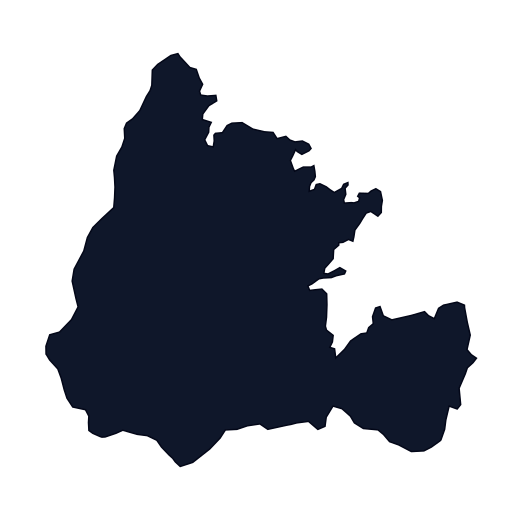 the district of Skarinou, Larnaca, Cyprus, rotated 87°
{"feature_id": "46923920B93275666945170", "entity_name": "Skarinou", "entity_type": "district", "adm_level": 2, "iso_a3": "CYP", "parent_name": "Cyprus", "parent_adm1": "Larnaca", "projection": "equal_earth", "projection_center": [33.355, 34.825], "detail": "fine", "context": "isolated", "style": "filled", "palette": "ink", "viewbox_px": 512, "rotation_deg": 87, "n_neighbors": 0, "source": "geoboundaries", "source_scale": "gbopen_adm2", "svg_char_len": 3054}
<svg xmlns="http://www.w3.org/2000/svg" viewBox="0 0 512 512"><g transform="rotate(87 256 256)"><path d="M49.8,323.4L51.3,330.5L59.5,344.1L64.9,349.8L80.1,351.1L85.3,353.1L91.0,357.1L104.7,364.4L112.5,372.0L116.5,378.3L121.9,380.9L131.6,380.9L140.1,384.2L148.9,389.9L162.9,393.5L170.4,393.2L179.8,393.2L190.5,394.2L200.2,395.5L210.2,407.5L219.0,417.4L228.7,423.4L242.0,427.7L259.6,438.3L271.4,440.9L289.0,438.0L297.5,436.3L309.9,443.6L321.7,456.2L323.9,466.1L335.1,470.5L343.0,470.8L343.9,470.2L349.0,467.5L358.4,459.8L367.8,456.9L379.6,454.5L388.1,452.2L397.2,446.9L400.3,435.4L400.6,434.3L407.2,431.3L413.6,432.0L421.5,432.0L424.5,428.3L428.2,421.0L428.8,419.4L428.8,416.1L425.7,405.1L423.0,398.2L427.9,383.9L429.7,374.0L434.8,364.7L441.8,360.4L450.3,353.1L453.6,349.8L457.3,347.4L462.2,342.7L458.8,330.0L446.3,312.3L436.0,301.4L428.1,295.7L428.1,284.1L425.1,273.5L423.9,260.9L429.7,253.3L426.6,234.4L426.0,229.8L424.8,224.1L423.9,212.2L432.4,203.3L429.7,196.0L420.6,194.3L409.9,187.0L413.0,178.1L420.9,170.1L427.8,166.5L433.9,157.8L436.0,143.3L440.9,138.0L448.4,132.3L452.1,123.4L459.4,111.1L459.4,98.5L456.0,90.9L450.3,82.0L449.4,81.0L439.0,76.7L429.6,75.0L416.0,71.0L419.3,63.1L415.1,59.4L398.7,60.1L384.5,53.1L378.7,50.8L373.9,44.9L369.6,41.2L365.8,46.2L360.5,50.2L346.2,46.2L333.2,48.5L318.6,50.4L316.0,50.4L312.6,57.6L314.9,71.3L317.8,76.4L327.9,81.2L324.6,86.9L320.4,90.6L323.5,104.0L326.9,123.7L322.4,132.0L313.0,134.8L314.2,139.3L322.7,142.8L329.7,142.4L333.4,147.2L338.7,149.4L339.2,155.2L343.3,162.0L345.8,166.0L353.8,172.4L362.0,181.7L352.8,182.4L351.1,187.1L345.8,184.2L339.3,183.1L333.7,189.5L329.7,190.4L320.9,188.8L308.4,187.7L297.5,187.4L292.5,191.9L292.8,198.4L293.2,204.2L288.6,205.8L286.8,201.6L282.1,194.4L281.5,190.1L281.5,181.9L279.9,176.9L278.5,168.6L275.7,167.2L272.0,172.9L274.7,178.2L277.7,185.0L276.9,189.2L271.8,188.0L267.6,183.8L262.7,179.1L253.6,178.1L249.5,172.8L247.1,172.7L246.9,168.5L244.3,162.8L246.3,158.5L242.1,157.3L235.3,155.9L228.6,150.5L224.4,147.7L218.9,143.7L217.5,139.0L222.6,132.2L219.1,128.6L213.0,128.2L207.1,126.9L198.2,128.3L195.1,132.8L197.2,137.8L199.4,140.5L198.7,149.5L201.7,151.3L203.2,149.5L206.8,150.6L208.1,155.3L207.7,158.0L207.8,165.0L204.3,165.6L199.1,163.1L193.0,163.5L189.9,160.4L187.5,160.4L189.0,164.7L193.0,166.9L196.7,174.5L193.7,178.6L190.6,182.2L187.2,188.4L187.8,192.1L192.5,194.1L194.2,199.5L189.3,198.9L185.6,197.2L183.1,194.2L179.9,192.6L174.7,192.8L168.8,193.5L170.1,196.3L169.7,204.2L173.4,213.0L170.6,214.2L162.4,216.7L157.9,214.1L151.8,210.9L153.8,209.4L156.9,204.9L153.7,197.6L151.5,195.4L147.1,197.5L143.6,203.7L144.1,211.1L141.9,216.2L138.1,219.9L139.9,228.8L133.5,232.5L132.4,241.2L129.1,252.5L122.1,262.9L122.1,273.1L124.2,278.0L131.1,283.1L131.4,290.1L133.1,291.7L138.9,291.7L144.8,293.0L143.3,298.6L137.3,301.2L129.9,296.8L124.9,296.3L120.2,293.7L116.9,302.5L111.4,301.7L103.4,295.2L99.0,287.1L93.5,287.7L93.7,296.1L92.4,302.8L88.4,303.8L81.7,300.3L75.3,303.4L66.5,305.9L64.3,312.2L53.0,321.6L49.8,323.4Z" fill="#0f172a" stroke="#020617" stroke-width="1.5"/></g></svg>